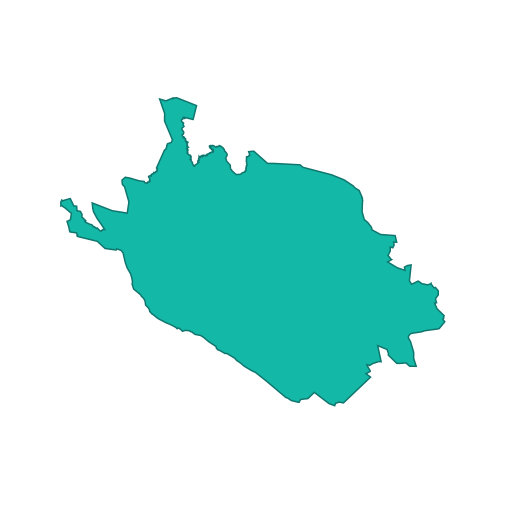 Jaunauces pag., Saldus, Latvia, rotated 29°
{"feature_id": "27541924B95660010997208", "entity_name": "Jaunauces pag.", "entity_type": "district", "adm_level": 2, "iso_a3": "LVA", "parent_name": "Latvia", "parent_adm1": "Saldus", "projection": "robinson", "projection_center": [22.626, 56.459], "detail": "fine", "context": "isolated", "style": "filled", "palette": "teal", "viewbox_px": 512, "rotation_deg": 29, "n_neighbors": 0, "source": "geoboundaries", "source_scale": "gbopen_adm2", "svg_char_len": 6112}
<svg xmlns="http://www.w3.org/2000/svg" viewBox="0 0 512 512"><g transform="rotate(29 256 256)"><path d="M122.1,245.0L117.4,246.9L107.9,249.0L103.5,250.5L102.0,254.6L103.9,257.5L104.7,258.3L107.5,259.2L118.6,270.3L122.6,280.9L108.3,286.1L87.0,289.0L90.3,293.7L92.5,296.1L99.0,300.3L105.7,303.5L110.9,306.3L109.4,307.1L108.5,308.5L108.6,309.2L107.9,309.5L106.9,309.5L103.5,308.5L103.3,308.6L103.2,309.1L102.8,309.3L100.5,308.7L99.7,309.3L98.2,308.5L97.2,308.3L96.8,308.3L96.2,308.7L91.1,309.1L89.5,308.7L90.0,307.7L84.8,306.3L83.6,303.8L82.1,303.1L81.0,302.1L77.4,303.1L75.0,299.4L72.3,300.5L65.7,295.8L61.0,300.5L60.3,301.5L59.0,301.2L59.2,303.6L61.1,306.8L61.4,306.3L61.6,306.2L65.5,306.5L73.9,308.2L76.1,314.3L74.7,316.5L73.9,317.3L77.5,320.7L81.1,324.5L80.9,324.5L81.1,324.7L81.3,324.7L81.7,325.1L87.9,322.8L88.8,323.7L89.5,323.9L89.7,324.4L89.5,324.9L90.2,325.4L92.6,324.9L110.0,320.1L120.4,322.6L130.7,318.6L130.9,318.4L130.6,317.3L130.7,317.2L135.4,316.5L138.3,317.8L144.6,324.8L148.9,328.7L155.1,332.5L157.9,335.3L160.6,338.6L161.2,340.6L165.0,344.2L174.0,345.9L175.3,346.8L178.3,347.5L181.0,349.4L183.2,352.4L187.8,353.9L189.2,355.1L190.0,356.1L193.5,357.2L194.4,357.1L199.9,358.1L202.2,358.2L209.6,358.0L214.8,357.4L220.5,357.3L222.3,357.8L223.1,356.5L225.6,356.7L228.2,357.5L230.1,355.4L234.1,353.6L235.1,353.9L237.2,353.5L238.6,353.9L240.8,354.1L245.9,352.4L248.5,352.4L256.4,353.9L264.8,354.5L266.3,356.0L268.2,356.5L270.6,356.2L276.1,356.3L277.8,355.4L287.0,355.7L289.6,356.7L294.3,357.1L299.3,358.1L308.0,358.4L312.1,358.1L325.4,360.3L350.8,365.3L352.4,364.9L356.9,365.3L363.7,363.5L364.7,362.8L364.5,360.8L364.8,359.6L370.5,355.6L373.1,347.0L391.5,349.7L397.4,348.8L397.1,346.8L397.3,345.9L398.8,344.4L399.1,343.6L403.7,342.1L414.9,306.4L409.3,305.6L411.8,301.7L411.7,301.4L411.5,301.0L407.5,298.7L405.7,297.3L408.4,296.7L410.3,293.4L414.7,288.7L416.7,287.8L405.9,275.4L415.9,274.2L419.2,277.1L419.7,278.5L431.0,281.6L433.1,280.7L439.0,276.8L443.9,277.9L449.6,274.8L443.6,269.2L440.6,263.8L432.8,256.1L429.0,253.7L428.2,252.1L428.7,249.4L429.7,248.1L437.5,242.1L440.0,239.4L450.6,231.5L451.4,230.6L453.0,222.0L450.0,220.7L450.3,219.2L449.4,217.8L449.5,217.0L440.0,214.4L435.0,210.6L436.6,209.4L434.1,206.9L433.7,205.5L434.3,201.7L432.3,198.1L428.1,196.5L427.0,197.6L422.5,195.5L422.3,195.1L421.8,196.3L419.6,198.3L416.3,199.1L415.0,199.8L410.0,199.3L405.8,205.3L402.2,203.3L396.0,188.6L393.1,190.9L391.2,193.8L393.3,196.3L385.4,197.8L374.0,197.4L376.4,193.4L375.8,193.4L371.2,191.5L371.0,186.6L369.1,183.1L371.6,182.5L371.5,179.5L369.6,177.1L372.4,175.8L367.8,170.7L354.5,176.8L344.9,176.9L343.0,174.9L337.5,172.5L333.0,171.6L327.3,165.8L322.6,156.5L322.5,155.8L320.3,153.5L320.5,153.4L314.5,148.7L309.8,148.5L307.1,147.6L296.3,146.7L282.9,148.3L254.0,155.7L250.3,154.9L226.3,166.6L221.2,169.4L203.2,165.4L199.0,168.3L201.7,170.8L201.2,171.5L201.0,172.9L200.1,173.3L199.6,174.0L200.2,174.6L200.4,175.5L201.4,177.0L201.4,177.6L202.0,178.1L202.9,179.6L203.9,180.4L204.2,181.4L203.8,181.8L204.3,182.5L204.3,183.4L204.8,184.0L204.8,184.6L205.6,185.2L205.2,186.5L205.8,187.3L205.3,187.8L205.4,188.2L203.8,189.6L202.8,192.1L199.1,194.4L193.5,193.1L193.0,192.6L191.5,192.2L189.4,189.0L184.4,187.3L181.9,184.8L182.0,182.1L181.2,180.8L180.7,180.5L179.0,179.7L178.0,179.6L176.6,178.3L174.8,177.4L172.0,177.0L170.6,177.2L170.9,177.8L170.0,178.0L169.5,178.7L168.6,179.2L168.5,179.6L168.6,179.8L167.5,180.3L166.7,180.3L165.7,180.0L164.3,180.4L164.0,180.7L164.1,181.1L162.8,181.3L162.2,181.8L162.0,182.4L162.3,182.6L163.0,182.4L163.6,182.6L163.8,182.9L163.5,183.5L163.2,183.6L163.9,184.0L165.3,183.6L165.4,183.8L165.2,184.2L165.4,184.3L166.4,184.2L166.8,183.7L167.1,183.8L167.4,184.4L167.0,184.8L167.8,185.0L167.5,185.6L167.9,186.1L166.7,186.7L166.5,187.6L166.2,187.5L165.5,188.2L165.5,189.1L164.8,189.5L164.5,190.1L164.0,190.6L164.5,191.0L164.5,191.3L164.2,191.3L164.2,191.6L163.7,191.7L164.0,192.3L163.2,192.6L163.0,193.0L161.8,193.0L160.8,193.6L161.5,194.0L161.5,194.5L161.2,195.0L160.3,195.1L159.8,194.8L159.1,195.9L159.7,196.3L159.5,197.0L157.9,196.5L158.2,197.1L158.7,197.2L158.7,197.5L158.9,197.7L158.6,198.0L158.8,199.0L159.3,199.6L159.8,199.7L159.8,200.1L159.1,200.1L159.0,200.4L159.5,201.1L159.3,201.3L159.8,201.5L159.5,201.6L159.7,202.4L160.2,203.1L158.6,206.1L158.8,207.2L158.0,207.5L155.5,205.9L155.2,205.2L153.4,204.2L152.6,204.1L152.4,203.4L151.7,203.3L152.3,202.7L151.4,201.9L151.3,201.6L150.7,201.3L150.7,201.1L151.2,200.7L150.9,200.3L150.5,200.2L150.3,200.4L149.4,199.7L148.3,200.1L145.9,199.4L146.3,198.8L145.2,198.0L145.4,197.4L145.2,197.1L145.3,196.7L144.7,196.6L144.7,196.0L144.3,196.0L143.9,196.3L143.3,195.8L143.8,195.4L143.8,194.1L144.1,193.7L143.2,193.5L142.5,193.8L142.1,193.5L142.5,192.8L142.2,192.6L142.2,192.2L140.7,191.0L141.2,190.6L141.5,190.0L141.2,189.4L139.8,189.5L139.9,190.0L139.2,189.9L138.8,189.8L138.9,189.3L138.4,189.2L137.8,188.8L137.9,188.0L137.6,187.7L136.8,187.7L136.2,187.2L135.9,187.5L136.2,187.8L135.4,187.9L135.3,187.7L135.4,187.4L135.0,186.8L134.4,187.3L132.9,186.2L132.7,185.6L133.3,184.8L133.2,183.7L132.9,182.9L132.2,182.3L130.1,181.4L129.2,180.3L130.2,177.5L128.6,176.4L128.2,175.8L128.3,175.0L128.0,174.7L125.9,174.5L125.1,173.9L125.1,173.4L124.8,172.8L125.5,171.9L125.5,171.5L125.1,170.9L125.4,170.6L126.2,170.6L127.1,170.2L127.2,169.7L126.5,169.4L134.8,167.1L131.1,153.3L110.1,156.0L106.9,158.0L107.2,158.2L107.2,158.6L106.1,158.9L102.0,164.0L95.6,165.4L107.0,175.6L110.5,182.2L126.3,194.7L126.6,194.7L126.8,197.9L124.2,200.7L124.4,202.7L125.0,203.9L125.3,206.7L124.6,207.6L126.3,227.3L127.3,227.5L127.3,228.2L127.9,228.6L127.8,229.1L128.3,229.8L128.1,230.2L127.6,230.4L127.4,230.9L127.6,231.6L127.4,231.9L126.3,232.4L126.7,232.7L126.0,233.6L126.2,234.0L125.3,234.7L125.0,235.4L125.1,235.9L124.9,236.3L125.5,236.5L125.6,237.0L124.9,237.0L123.6,238.1L123.5,238.6L123.8,239.0L125.5,239.9L126.2,240.8L126.1,241.2L126.4,241.3L126.2,241.8L126.3,242.0L127.1,242.3L126.4,243.4L125.6,243.6L125.6,244.1L125.3,244.5L125.6,244.9L125.4,245.1L124.7,245.2L124.1,245.8L123.6,245.8L122.5,245.4L122.1,245.0Z" fill="#14b8a6" stroke="#0f766e" stroke-width="1.5"/></g></svg>